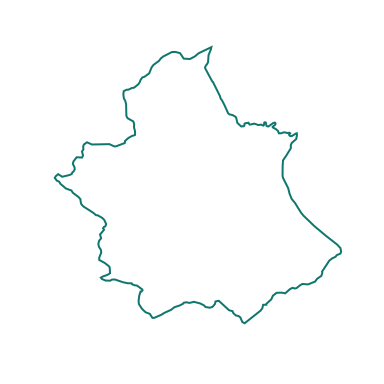 the district of Kindia, Kindia, Guinea, rotated 255°
{"feature_id": "49546643B82751767083924", "entity_name": "Kindia", "entity_type": "district", "adm_level": 2, "iso_a3": "GIN", "parent_name": "Guinea", "parent_adm1": "Kindia", "projection": "orthographic", "projection_center": [-12.699, 10.108], "detail": "fine", "context": "isolated", "style": "outline", "palette": "teal", "viewbox_px": 384, "rotation_deg": 255, "n_neighbors": 0, "source": "geoboundaries", "source_scale": "gbopen_adm2", "svg_char_len": 3373}
<svg xmlns="http://www.w3.org/2000/svg" viewBox="0 0 384 384"><g transform="rotate(255 192 192)"><path d="M94.1,319.4L95.5,320.5L99.3,320.9L103.5,318.7L115.2,309.9L127.6,301.2L140.4,293.5L144.0,291.9L154.9,288.6L159.5,286.5L165.1,285.8L170.8,285.9L181.9,283.6L184.0,283.6L193.7,286.3L199.0,288.1L202.7,292.4L208.7,298.8L211.8,299.6L213.6,301.1L216.2,306.4L219.8,308.1L221.6,308.4L221.6,307.9L221.6,307.5L221.1,305.9L220.2,302.9L220.6,301.4L221.3,300.8L222.2,300.6L223.3,302.0L224.0,301.5L224.4,299.1L225.5,297.3L225.9,295.7L225.6,293.6L226.2,291.1L228.6,290.9L230.8,289.5L232.6,287.7L233.5,286.7L234.1,286.8L235.3,289.5L236.1,290.3L236.8,290.4L237.6,290.0L237.6,288.9L237.6,288.3L235.5,282.8L236.1,281.5L236.7,281.1L240.0,281.2L240.5,280.5L240.2,279.7L237.8,278.6L237.7,277.9L239.2,276.2L239.5,273.4L241.9,269.9L242.1,265.3L242.9,264.8L244.3,264.5L244.6,260.9L244.1,260.2L243.0,260.0L242.3,259.4L242.1,258.8L242.5,257.7L242.5,256.6L247.0,253.7L252.6,253.9L253.6,253.3L255.8,251.1L257.2,248.4L258.6,247.3L267.8,245.8L269.2,245.5L273.2,244.6L274.5,243.9L277.5,243.8L292.9,240.7L293.4,240.2L298.9,238.9L307.9,236.8L308.9,236.8L310.7,238.2L311.3,239.3L313.2,241.1L319.9,243.4L324.8,247.1L325.8,247.6L326.9,248.2L324.3,234.3L322.2,229.8L321.0,224.4L323.0,218.5L329.2,216.4L331.6,212.2L332.4,208.9L330.4,199.5L329.2,196.6L327.2,194.0L324.7,187.6L322.7,185.1L317.7,181.4L315.6,175.9L315.5,173.7L313.5,171.2L311.9,170.2L310.1,168.3L307.8,163.2L308.0,160.6L307.3,157.2L307.7,155.2L307.1,152.2L305.7,151.6L304.2,151.0L300.2,150.4L297.4,151.1L294.0,151.1L282.4,148.3L279.9,148.9L275.3,153.6L272.6,153.7L269.5,152.7L265.8,152.7L262.5,152.0L261.7,151.5L261.7,148.8L260.7,144.7L258.6,140.5L256.7,139.7L255.8,130.5L256.1,128.8L259.6,124.6L263.8,107.6L267.2,103.4L266.2,100.8L265.8,99.8L263.8,98.5L261.4,98.2L259.5,96.2L255.5,96.2L253.7,94.7L255.4,89.6L252.3,85.5L250.1,84.2L246.0,84.9L244.3,84.6L242.6,83.1L241.9,81.6L240.5,80.4L240.1,78.1L240.3,70.6L243.9,67.3L243.0,65.5L242.5,64.5L241.2,63.1L237.9,64.4L236.3,66.4L233.9,67.0L231.6,68.7L227.9,71.2L224.7,75.9L222.1,76.7L216.5,81.1L213.8,82.4L212.1,82.0L209.1,81.9L208.0,82.4L206.2,83.3L197.3,91.4L194.4,93.3L193.9,94.9L190.2,98.6L187.8,100.0L183.2,100.8L181.2,99.3L181.0,97.8L180.0,96.7L178.4,97.3L176.8,95.2L174.8,92.2L170.7,92.2L169.1,89.8L166.2,88.1L163.2,87.9L159.9,89.0L157.0,88.7L154.5,86.8L152.6,85.4L150.4,84.8L146.2,89.2L142.0,92.4L140.6,93.0L134.7,91.8L133.8,88.6L133.5,84.2L132.9,81.8L131.4,82.4L128.9,85.5L127.5,90.0L128.1,92.1L127.5,94.8L122.7,102.0L120.5,106.3L119.4,110.1L118.5,110.2L116.9,112.2L115.8,114.7L110.7,118.8L109.7,118.7L108.9,117.3L109.2,116.5L105.1,114.0L100.5,112.2L97.5,111.7L92.2,113.4L87.9,116.0L85.2,119.7L80.7,121.2L80.2,122.9L81.4,130.9L82.4,133.9L83.6,141.4L85.3,145.2L85.5,150.2L86.3,154.2L87.2,155.5L86.9,158.0L85.5,161.0L85.4,165.5L82.2,171.1L79.4,174.2L77.4,175.3L75.6,179.3L75.8,182.2L77.9,185.2L80.2,186.4L80.0,189.7L68.2,197.2L66.4,200.3L64.2,200.6L61.3,202.5L60.2,204.8L58.4,206.2L53.3,207.0L51.6,208.9L54.3,215.1L57.1,221.6L59.6,227.4L61.4,229.8L64.6,231.5L63.9,234.6L64.6,234.7L67.8,240.8L70.9,243.3L72.7,247.6L71.7,252.2L70.0,255.8L72.9,261.6L73.4,264.4L72.1,266.5L72.1,268.1L74.0,272.4L74.6,274.9L72.7,280.2L73.6,287.7L75.8,290.4L77.5,295.2L80.2,297.0L81.4,297.0L90.2,306.9L91.6,310.2L92.3,313.9L93.5,315.4L94.1,319.3L94.1,319.4Z" fill="none" stroke="#0f766e" stroke-width="2"/></g></svg>